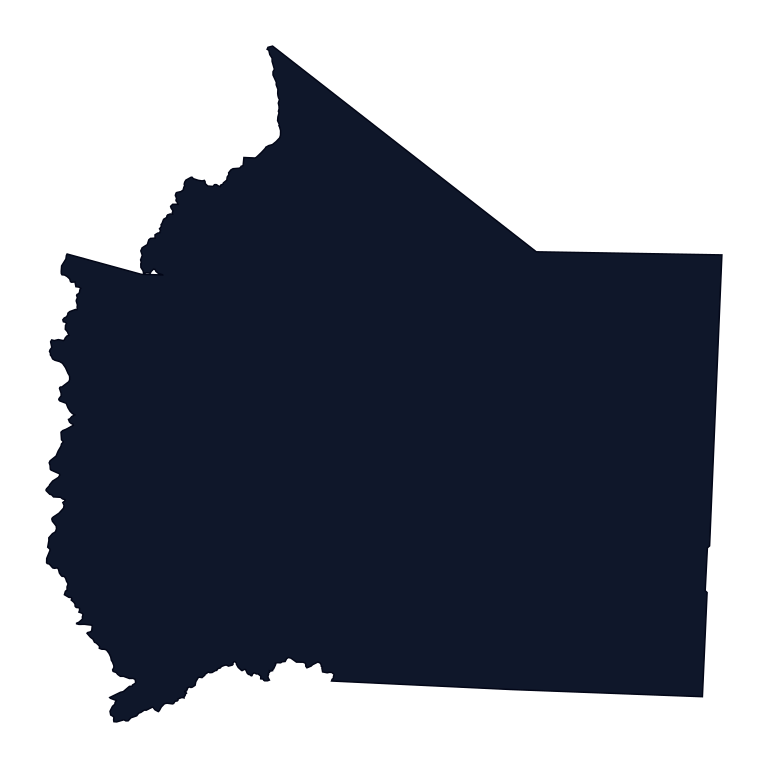 Lago Argentino, Santa Cruz, Argentina (Natural Earth projection)
{"feature_id": "61730980B69433296380231", "entity_name": "Lago Argentino", "entity_type": "district", "adm_level": 2, "iso_a3": "ARG", "parent_name": "Argentina", "parent_adm1": "Santa Cruz", "projection": "natural_earth1", "projection_center": [-72.936, -49.654], "detail": "fine", "context": "isolated", "style": "filled", "palette": "ink", "viewbox_px": 768, "rotation_deg": 0, "n_neighbors": 0, "source": "geoboundaries", "source_scale": "gbopen_adm2", "svg_char_len": 5908}
<svg xmlns="http://www.w3.org/2000/svg" viewBox="0 0 768 768"><path d="M272.6,46.1L268.0,47.3L267.1,49.3L268.8,50.2L269.8,54.6L272.1,58.2L272.1,61.4L274.2,68.6L274.3,69.4L273.0,71.7L273.0,75.0L276.3,82.2L276.2,84.8L277.9,89.3L277.7,93.4L278.0,95.8L278.6,98.0L279.3,99.0L279.3,100.1L278.3,103.1L279.0,106.1L279.1,108.7L278.4,111.3L279.0,112.9L277.9,116.9L277.6,120.7L279.3,124.4L278.9,125.7L279.5,126.7L280.6,130.6L280.5,135.2L279.7,137.8L276.0,141.7L272.4,144.6L268.7,145.6L265.7,147.3L265.4,148.2L261.1,152.8L256.2,157.4L255.0,158.0L243.9,157.5L243.1,165.6L241.1,166.3L240.7,167.2L239.5,168.2L233.0,168.7L230.9,169.9L228.6,172.8L228.9,174.5L227.2,177.0L226.8,180.1L223.4,182.9L222.9,184.2L220.7,185.1L220.4,186.6L218.0,185.8L216.6,184.7L215.5,184.6L214.4,184.7L213.5,186.0L212.6,186.4L207.7,186.0L205.2,183.5L205.1,181.7L204.4,180.4L202.1,180.9L198.3,180.3L193.4,178.7L192.0,177.2L191.0,177.3L185.9,180.1L184.7,182.1L184.2,184.2L184.7,186.1L183.9,187.0L183.1,190.1L180.9,191.6L176.8,192.5L176.1,193.0L175.4,195.1L175.4,195.8L176.1,196.3L175.9,196.7L176.6,198.7L176.1,199.6L176.0,200.8L176.9,201.6L178.0,204.3L172.7,204.3L170.6,206.3L171.1,208.1L173.0,210.9L172.3,212.6L172.6,214.2L170.2,214.0L167.6,214.9L166.8,216.1L166.8,217.4L163.6,219.3L161.9,223.7L161.1,224.5L161.3,226.6L159.5,228.8L160.5,230.2L159.7,232.8L157.7,233.1L155.0,234.8L155.1,238.1L150.5,238.4L148.8,239.8L147.3,244.6L142.2,247.7L140.8,250.9L142.3,255.3L140.6,259.9L141.3,262.3L140.8,263.8L140.9,267.4L143.0,270.6L143.6,273.2L147.0,272.6L150.3,273.1L151.2,271.4L153.5,269.1L155.0,269.4L155.9,271.3L158.2,273.3L163.5,275.0L141.2,274.3L67.1,254.0L66.4,255.4L65.9,259.0L61.6,265.9L61.2,271.3L61.3,273.5L62.0,274.8L64.5,275.0L67.1,276.5L69.7,278.9L70.5,281.6L71.4,282.2L75.0,282.0L75.9,286.7L78.9,287.1L80.8,288.3L79.8,290.0L79.5,292.3L78.7,293.6L77.0,294.5L76.6,295.4L77.4,297.8L76.3,300.2L76.3,301.3L77.4,304.9L77.1,307.0L77.3,309.2L77.0,309.7L75.4,309.5L69.7,311.6L67.9,313.2L67.8,314.5L66.6,316.8L64.2,318.0L62.8,319.8L63.4,321.8L65.3,322.2L66.6,323.5L65.5,325.4L65.3,329.3L67.4,331.7L68.9,335.4L66.9,336.0L65.2,338.0L64.5,339.7L63.5,340.6L58.3,339.6L54.2,340.6L51.7,339.9L50.6,341.8L51.8,347.4L50.0,349.9L49.5,351.4L50.4,353.1L50.4,355.0L51.5,356.4L52.6,358.9L54.8,360.2L59.7,361.6L62.5,363.3L65.6,367.8L68.1,373.5L69.0,374.8L69.6,376.4L69.7,379.4L68.9,381.6L61.8,387.0L60.4,387.0L59.8,387.5L59.5,388.4L61.1,393.1L61.2,395.8L59.0,398.6L58.8,399.7L59.8,400.9L66.2,403.3L68.0,407.8L70.1,411.3L72.3,413.5L74.7,414.9L71.7,416.6L69.9,418.8L68.5,419.4L69.5,422.0L71.2,423.5L73.0,424.3L73.3,425.3L66.0,429.3L62.7,430.6L61.0,432.2L61.5,439.8L63.2,441.6L63.1,442.2L61.5,443.9L61.0,446.2L58.2,451.0L56.1,456.0L50.1,460.8L49.2,462.8L50.1,465.5L50.3,469.2L51.1,470.1L58.6,473.4L59.5,474.0L59.9,475.0L58.4,477.4L52.7,481.0L49.7,484.7L49.2,486.0L46.7,488.6L46.1,489.6L46.1,490.6L49.8,494.3L51.5,494.7L53.5,496.9L60.6,497.3L62.5,498.9L64.9,499.6L65.0,500.3L64.7,501.1L62.8,502.5L64.1,505.5L63.5,508.2L59.0,513.2L53.3,517.0L52.3,517.9L51.8,519.0L52.4,521.2L56.2,526.0L56.5,528.8L55.6,531.4L54.8,532.3L52.5,533.6L48.8,537.8L48.9,540.4L47.7,547.2L49.9,549.1L50.0,550.4L46.7,558.4L46.6,562.7L47.2,563.5L49.4,564.1L52.7,567.9L54.4,568.3L57.5,567.9L58.5,569.4L59.4,573.0L61.0,575.3L62.0,576.3L64.4,576.5L65.7,578.5L66.5,581.1L68.1,583.9L67.0,586.9L67.1,589.9L65.4,591.3L64.4,594.7L68.8,597.3L71.4,597.7L71.9,598.7L71.2,600.0L73.9,602.3L75.0,604.1L75.1,606.2L75.6,606.9L76.4,607.5L78.7,607.7L79.6,608.4L79.5,610.6L78.9,612.1L81.8,613.1L83.1,614.5L82.3,617.0L82.5,618.2L82.2,619.3L78.9,622.2L76.6,623.2L76.6,623.8L78.9,624.4L84.5,624.3L91.9,625.2L92.2,626.4L91.7,630.8L90.2,631.9L87.5,632.6L87.0,633.3L90.5,637.3L93.0,639.2L94.5,642.2L96.2,643.0L98.8,645.4L99.5,646.5L99.3,648.3L101.7,649.2L104.6,649.3L106.5,650.0L109.0,653.3L110.7,656.9L111.4,660.4L112.4,661.8L113.8,665.5L113.9,667.4L112.6,669.9L113.1,671.4L116.2,672.5L117.7,674.4L120.3,676.3L123.5,676.3L129.4,678.5L133.0,678.4L135.1,679.4L135.7,682.5L134.8,683.6L132.5,685.0L132.2,686.2L129.4,686.4L123.3,691.6L120.4,692.3L109.7,697.5L110.4,698.3L116.4,700.5L115.1,702.4L114.8,704.3L112.5,706.3L110.0,711.3L110.7,715.0L113.0,716.3L113.9,717.4L113.6,719.9L113.9,721.7L116.7,721.9L123.9,719.8L125.9,720.9L128.2,720.8L130.9,717.8L136.7,715.8L138.7,713.2L140.9,712.4L144.3,710.1L146.3,710.2L152.2,707.2L152.9,707.2L155.0,709.8L158.3,711.6L159.3,710.7L161.3,707.0L164.5,703.7L167.0,703.2L172.5,703.9L173.6,703.5L175.0,701.3L177.3,700.9L177.9,700.3L178.2,698.8L181.9,697.5L184.1,697.9L184.0,696.9L185.1,695.6L185.3,694.2L186.5,693.2L185.8,692.3L184.8,692.0L184.7,691.4L186.5,690.9L187.5,688.7L187.3,688.0L189.6,686.9L190.9,687.5L192.4,687.1L195.1,685.3L195.8,681.7L198.3,677.5L199.3,677.2L202.0,677.6L204.8,675.2L205.3,674.0L206.7,673.4L207.2,672.7L208.3,672.1L209.9,672.7L212.1,672.5L215.3,670.6L216.7,670.4L217.9,668.6L220.4,667.9L221.4,666.5L224.6,665.3L226.3,665.0L228.5,666.1L232.3,665.1L233.0,664.4L232.8,663.5L233.7,662.0L235.0,661.6L236.2,662.8L236.5,664.4L238.2,667.4L241.6,670.5L242.5,670.5L244.2,669.4L245.6,669.6L247.3,673.3L248.5,674.4L249.7,674.6L251.2,675.8L252.0,675.6L252.5,674.1L254.2,672.8L256.3,673.9L258.5,673.9L258.5,674.3L260.8,676.1L260.7,678.8L263.2,679.1L263.7,680.2L264.6,680.8L267.5,680.8L269.4,680.1L268.2,677.8L267.9,676.2L268.6,674.4L268.3,673.3L269.5,672.3L269.4,670.7L270.7,671.1L272.6,670.6L272.3,669.8L273.6,668.9L275.6,664.6L275.7,663.7L275.4,663.3L277.2,662.7L280.7,662.8L282.1,661.8L285.1,661.5L286.7,658.6L288.4,657.5L290.9,658.1L296.4,662.1L303.1,662.2L305.1,663.1L305.6,663.9L305.8,666.3L306.9,667.8L311.1,666.1L312.6,664.7L317.9,662.0L320.2,663.1L321.2,664.7L321.3,666.3L322.3,667.1L321.9,668.0L322.6,671.9L327.2,672.8L329.6,672.3L331.9,672.5L334.2,674.5L333.5,676.2L333.3,678.4L332.1,679.3L331.5,681.0L510.7,689.5L702.4,696.7L707.1,592.5L705.2,590.7L707.4,547.9L709.6,545.9L721.9,254.9L536.3,251.8L272.6,46.1Z" fill="#0f172a" stroke="#020617" stroke-width="1.5"/></svg>